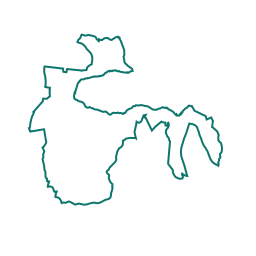 outline of Kota Palu, Sulawesi Tengah, Indonesia, rotated 102°
{"feature_id": "22746128B23229204425516", "entity_name": "Kota Palu", "entity_type": "district", "adm_level": 2, "iso_a3": "IDN", "parent_name": "Indonesia", "parent_adm1": "Sulawesi Tengah", "projection": "orthographic", "projection_center": [119.87, -0.79], "detail": "fine", "context": "isolated", "style": "outline", "palette": "teal", "viewbox_px": 256, "rotation_deg": 102, "n_neighbors": 0, "source": "geoboundaries", "source_scale": "gbopen_adm2", "svg_char_len": 5839}
<svg xmlns="http://www.w3.org/2000/svg" viewBox="0 0 256 256"><g transform="rotate(102 128 128)"><path d="M54.4,195.4L54.8,194.0L55.0,190.9L55.8,188.9L57.5,186.4L59.3,184.8L61.9,180.8L63.6,179.0L66.3,177.6L69.8,177.0L73.3,176.8L74.6,178.5L76.7,180.2L77.5,180.6L79.3,180.5L80.0,180.8L81.4,185.5L82.6,185.5L81.4,185.5L83.0,199.8L86.3,199.9L86.4,203.0L83.4,203.9L85.2,223.1L85.3,222.6L88.4,222.1L91.0,221.5L95.6,219.3L96.2,219.4L98.0,218.6L101.8,217.7L104.8,217.6L104.8,217.0L105.1,216.9L104.9,212.7L107.0,212.6L107.4,212.5L107.4,212.3L108.4,212.3L113.4,211.0L114.1,211.9L116.0,213.1L116.3,213.6L116.9,217.1L119.7,216.9L131.6,223.7L131.6,223.2L135.0,223.7L135.9,224.1L139.7,224.5L143.9,224.5L147.2,224.1L149.2,224.4L149.2,224.6L151.3,223.3L151.1,222.8L151.7,222.5L146.7,209.9L148.7,209.0L155.1,206.6L158.4,205.1L160.0,205.1L162.6,206.0L164.0,206.7L164.9,207.5L165.4,207.0L168.4,205.0L171.5,205.5L174.2,204.7L176.2,205.1L182.1,202.3L186.5,200.9L187.3,200.2L188.3,199.6L193.0,198.5L194.0,197.7L194.4,196.7L196.1,196.4L197.0,195.9L197.1,195.5L196.6,194.5L196.7,194.0L200.2,194.4L201.7,194.4L202.2,194.2L202.3,194.0L201.6,193.2L201.4,192.6L201.4,190.6L202.0,189.2L202.4,188.8L205.4,187.1L205.6,186.5L205.1,185.4L204.9,184.5L205.6,184.5L207.0,184.9L210.4,184.8L210.6,184.2L210.5,183.3L210.7,181.5L211.1,180.7L211.7,179.7L212.7,178.8L215.2,177.2L214.3,175.6L214.2,173.7L214.0,173.3L212.2,170.7L212.2,170.1L212.5,168.5L213.5,165.0L213.8,164.5L213.7,163.3L212.1,160.3L212.2,155.3L211.6,153.1L208.7,147.6L208.0,145.6L208.1,143.6L207.8,141.9L206.9,139.9L203.1,135.3L201.3,132.0L200.2,131.1L199.1,130.7L197.7,130.6L196.6,130.9L194.6,130.9L191.0,130.6L189.0,130.8L188.8,131.3L186.2,131.5L184.8,133.7L182.8,135.4L180.8,136.4L178.4,136.6L177.6,137.0L176.8,138.7L175.6,139.6L174.7,139.7L173.9,139.2L173.0,138.3L170.5,137.7L164.1,133.6L162.5,133.0L161.1,133.0L160.0,133.2L159.0,133.7L157.8,133.8L156.5,133.5L155.1,133.7L153.3,133.6L151.7,133.0L149.7,132.5L148.3,130.9L145.5,129.6L141.6,130.1L140.7,130.9L141.6,130.0L138.8,127.7L137.2,123.9L136.9,121.6L136.2,118.6L136.4,118.2L130.7,120.8L122.9,120.7L120.1,120.9L120.4,120.2L120.6,118.4L120.3,117.7L119.4,116.8L118.0,116.3L112.3,115.3L111.5,113.4L114.2,114.2L114.3,112.8L125.5,104.1L120.8,101.4L114.8,96.6L115.2,95.9L115.0,92.6L117.7,91.9L117.7,89.9L114.3,90.0L113.9,90.6L114.7,89.4L117.1,88.6L119.2,88.9L121.6,90.2L124.3,90.2L127.9,88.0L129.0,86.4L131.5,85.0L132.5,84.1L154.3,81.4L155.3,80.8L157.0,78.5L158.2,77.4L159.5,75.6L162.3,74.7L163.0,74.2L165.3,72.3L166.2,70.9L166.9,67.8L166.9,66.9L166.3,64.8L165.9,64.2L165.1,64.1L163.9,64.3L163.1,65.0L161.4,65.7L160.7,66.2L161.9,64.8L162.6,62.0L162.6,60.1L152.6,65.3L144.6,70.0L140.3,71.3L136.2,71.7L127.0,71.0L121.1,70.0L110.9,69.0L110.8,65.2L111.5,62.6L112.7,60.8L117.1,58.0L119.9,56.6L123.0,54.4L126.0,52.7L129.6,50.1L130.9,48.5L134.4,45.3L140.9,41.2L143.4,38.8L144.0,37.7L144.8,36.2L146.1,31.8L144.3,31.9L143.2,32.6L140.9,32.2L139.6,32.4L138.9,32.2L138.0,31.6L137.1,31.6L135.1,32.5L133.8,32.5L132.7,31.6L131.2,31.4L127.6,32.0L123.4,33.9L122.1,36.1L121.2,37.1L117.3,37.9L115.7,37.9L113.8,39.4L112.8,39.7L113.0,39.7L109.6,45.5L109.6,45.9L104.1,46.4L103.4,46.3L101.9,47.8L100.4,48.8L103.3,52.8L100.2,54.5L97.3,66.5L93.3,70.1L93.6,70.4L93.4,70.7L93.6,71.8L93.3,72.7L93.9,73.6L95.6,74.2L96.2,75.1L96.9,75.8L99.6,77.7L100.2,78.0L101.3,78.0L102.1,78.4L101.8,79.0L103.1,79.7L103.4,79.1L104.0,79.3L104.8,80.5L105.2,80.6L105.1,81.0L105.7,82.6L105.6,83.3L105.4,83.6L104.7,83.1L104.4,83.4L105.2,83.9L105.0,84.2L104.8,84.0L104.9,84.3L104.2,85.4L102.7,87.2L102.7,87.6L101.8,89.9L101.8,90.4L100.7,93.4L100.3,93.6L100.4,94.0L100.2,94.1L100.5,95.1L100.2,95.4L100.7,96.3L100.7,97.1L100.4,97.8L100.6,98.8L102.1,100.4L102.6,101.7L104.2,104.0L104.8,106.8L104.3,108.9L102.9,112.4L102.9,113.1L102.7,114.3L102.9,116.6L102.7,118.4L102.9,119.1L103.0,120.6L103.9,122.4L104.0,124.5L104.2,125.1L104.3,125.3L105.1,125.6L105.4,126.4L105.4,127.1L106.2,127.8L107.2,128.2L108.1,129.1L109.4,131.2L111.0,132.8L113.5,133.7L114.2,134.5L114.3,134.7L114.1,134.9L114.3,135.1L114.5,134.9L115.0,135.3L115.3,135.9L114.7,137.8L115.3,139.7L115.3,140.2L115.0,141.0L115.7,142.2L116.2,145.6L116.7,146.3L118.6,147.9L118.6,148.3L118.1,148.3L118.7,148.6L118.6,149.4L116.6,152.7L116.9,153.8L116.8,154.2L116.9,154.8L117.4,155.6L117.0,158.7L116.8,159.2L116.8,160.2L116.4,161.3L116.7,164.7L116.4,165.7L116.0,166.4L116.2,167.4L115.5,170.0L116.5,171.3L116.6,172.1L116.0,174.0L114.3,175.3L113.7,175.6L113.6,176.0L112.4,177.5L112.1,178.8L112.0,182.3L111.1,183.8L111.1,185.0L110.6,186.1L110.5,186.4L109.2,187.1L107.0,187.6L105.6,187.4L104.9,186.8L103.5,187.2L103.6,187.4L103.1,187.3L102.7,187.0L94.7,186.3L92.4,185.2L92.5,185.0L92.2,184.9L92.2,185.1L91.4,184.7L90.2,183.8L89.9,182.4L89.5,181.4L89.5,181.2L88.8,180.6L87.8,178.4L87.9,178.2L87.6,177.9L87.7,177.6L86.8,175.8L86.4,175.2L86.1,174.4L85.3,173.3L84.8,172.2L84.4,170.8L84.6,170.7L84.2,170.1L84.0,168.4L83.7,167.6L83.0,166.9L83.2,166.3L82.5,164.8L81.6,163.9L81.6,163.2L80.7,162.6L78.9,161.7L78.4,160.7L77.2,160.0L76.0,158.3L76.5,157.8L75.5,156.5L75.8,155.5L74.9,154.8L75.0,154.0L74.5,153.2L74.3,152.4L74.4,151.8L74.2,151.8L74.2,151.2L74.7,150.3L74.6,149.4L74.1,148.5L74.5,148.0L74.6,146.5L74.4,145.0L74.6,144.6L74.4,142.8L74.2,141.2L73.7,140.4L74.1,139.9L74.0,139.3L73.6,139.1L73.5,138.6L72.7,138.0L72.2,137.3L71.9,136.7L71.3,135.9L71.2,135.4L69.4,136.2L69.2,136.4L67.0,141.6L65.9,143.0L65.3,144.3L63.9,145.3L60.8,146.4L59.3,147.2L57.3,146.8L52.4,148.0L44.4,153.1L42.3,154.9L41.5,156.4L41.1,155.7L40.8,156.4L40.9,157.1L41.4,158.3L45.2,162.3L45.4,162.9L45.1,164.3L44.2,166.6L44.2,167.0L44.7,168.8L45.6,170.2L47.1,171.4L47.5,172.3L47.6,173.4L47.2,174.8L48.8,174.5L49.2,174.6L47.4,177.3L46.0,178.3L45.5,179.1L45.2,181.9L45.2,185.9L46.5,188.8L46.3,192.7L47.6,193.1L49.9,193.4L50.9,194.0L51.7,194.8L54.4,195.4Z" fill="none" stroke="#0f766e" stroke-width="2"/></g></svg>